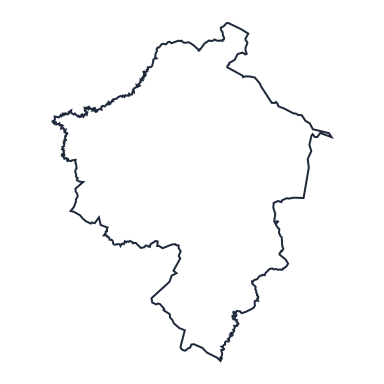 Sultepec, México, Mexico (Albers equal-area conic projection)
{"feature_id": "50627088B3947327185408", "entity_name": "Sultepec", "entity_type": "district", "adm_level": 2, "iso_a3": "MEX", "parent_name": "Mexico", "parent_adm1": "México", "projection": "albers", "projection_center": [-100.013, 18.721], "detail": "fine", "context": "isolated", "style": "outline", "palette": "slate", "viewbox_px": 384, "rotation_deg": 0, "n_neighbors": 0, "source": "geoboundaries", "source_scale": "gbopen_adm2", "svg_char_len": 5866}
<svg xmlns="http://www.w3.org/2000/svg" viewBox="0 0 384 384"><path d="M331.5,137.1L329.0,133.2L312.8,129.2L309.8,123.3L305.5,120.9L301.8,115.2L298.4,115.0L295.8,113.6L293.3,113.3L283.7,108.3L279.3,106.7L278.1,105.8L277.3,103.5L276.0,102.0L274.8,103.0L271.7,102.8L261.0,86.3L259.7,83.3L254.8,77.5L249.7,76.5L245.6,76.4L243.1,77.1L243.0,75.9L227.3,67.3L227.5,65.8L229.1,64.4L229.1,63.1L234.7,59.8L237.6,54.1L242.5,52.6L245.5,54.5L246.7,53.8L245.5,50.7L245.5,47.9L247.4,43.0L247.1,41.8L245.7,40.4L245.4,38.8L248.3,33.6L240.9,29.1L228.3,23.0L226.4,23.2L223.8,26.2L220.8,27.7L221.1,30.0L222.6,32.3L222.9,35.5L224.1,37.6L223.9,39.4L222.7,39.7L222.5,40.9L220.3,40.4L219.2,40.9L216.7,40.5L214.4,39.5L213.5,40.5L210.9,41.0L209.1,40.5L204.6,43.4L200.6,48.9L199.8,49.2L199.4,50.5L198.5,50.5L198.2,49.5L193.7,45.4L189.8,42.8L188.5,42.3L184.5,42.8L183.2,42.4L181.6,40.7L180.6,41.2L178.5,40.7L171.4,43.2L169.6,41.8L168.2,42.0L165.8,44.4L163.3,43.7L161.6,44.3L159.6,46.9L158.6,47.7L157.6,47.5L156.6,49.4L157.1,50.6L155.6,53.6L155.2,57.0L156.5,58.3L154.6,58.6L153.1,60.2L153.2,62.0L152.0,66.1L151.0,67.0L147.8,67.3L148.1,69.2L146.9,69.7L147.5,70.9L146.8,71.7L145.3,71.7L145.2,72.6L144.2,71.6L143.5,71.7L144.2,75.0L145.6,74.5L145.7,75.4L144.0,76.8L143.4,76.2L143.1,76.5L143.5,78.4L142.1,78.3L142.7,80.1L140.7,79.5L141.0,80.5L140.3,81.1L140.8,82.0L138.1,84.6L139.7,85.7L137.5,86.8L136.6,85.6L136.6,87.1L133.6,88.6L133.9,92.2L132.7,91.1L132.0,94.5L130.2,94.6L129.2,93.8L129.0,95.3L129.9,96.1L127.8,95.2L126.6,95.8L125.4,95.2L124.4,96.9L123.1,95.5L122.2,96.8L120.7,95.9L117.8,97.3L116.8,98.6L112.7,99.6L112.3,100.2L113.1,101.1L111.0,101.9L110.5,103.5L109.5,103.5L108.5,101.9L107.7,103.2L108.7,104.3L106.4,104.5L104.8,106.5L102.7,105.9L101.4,106.8L101.5,109.6L99.8,108.9L98.0,109.8L96.7,111.7L95.8,111.9L95.5,111.3L95.9,110.1L93.5,110.4L95.0,109.2L94.8,108.0L92.4,108.7L92.7,109.9L91.0,108.7L90.1,108.9L89.2,106.8L88.5,106.9L88.0,109.1L86.7,107.6L86.1,107.7L85.7,109.2L84.7,108.3L84.9,110.8L87.3,112.4L86.7,114.9L85.3,113.8L83.4,116.9L82.8,116.5L83.0,115.1L82.3,114.3L81.2,115.0L81.0,116.6L79.9,117.1L78.8,115.9L78.4,116.6L77.7,116.3L74.8,113.5L73.9,114.5L71.6,113.2L71.0,112.5L71.2,110.4L68.6,112.3L68.9,113.5L67.6,114.4L66.5,113.8L65.2,114.4L65.8,113.5L65.4,113.2L64.2,114.1L63.1,113.5L62.7,113.6L63.3,115.0L61.8,115.6L60.9,115.1L60.8,116.4L60.0,116.1L58.8,117.4L54.7,116.5L54.9,119.4L54.2,120.9L52.9,120.9L52.5,121.6L54.3,123.7L55.2,122.1L55.8,122.2L56.3,124.5L59.4,123.3L59.5,125.2L60.9,124.9L62.6,125.6L61.4,126.6L61.1,128.6L63.1,128.0L63.7,128.4L64.1,130.1L65.6,129.7L64.6,132.3L66.9,132.9L67.3,133.7L65.9,134.9L65.9,136.1L65.2,136.3L65.1,139.2L66.0,140.0L65.2,140.6L64.5,140.2L64.5,141.2L63.8,141.7L64.4,142.7L63.8,143.2L64.3,143.7L63.9,146.2L62.4,146.8L62.5,148.0L63.2,148.5L62.1,149.3L64.1,150.6L63.4,151.6L64.0,153.2L62.5,154.0L64.4,155.2L64.1,155.6L62.0,154.9L61.8,155.6L63.5,156.9L64.4,158.8L65.9,157.9L68.0,158.9L68.0,159.5L67.0,160.0L67.5,161.0L69.1,160.6L70.8,161.1L71.6,160.5L75.6,159.8L75.3,162.5L76.0,163.7L76.6,168.5L75.5,169.8L75.2,171.6L76.2,174.9L76.1,176.4L76.7,177.8L77.6,178.2L76.9,180.2L79.5,181.6L83.2,182.0L75.5,188.6L75.6,191.3L77.2,193.9L77.7,196.3L75.9,199.6L75.9,201.9L73.8,207.2L70.6,211.0L73.9,211.8L80.1,215.3L82.7,218.5L86.1,221.4L90.9,223.6L91.8,222.5L94.7,223.2L98.9,217.4L100.7,225.0L107.5,227.5L106.9,228.3L107.0,231.2L105.7,231.5L105.7,232.8L103.9,235.4L106.6,235.3L107.0,236.7L108.7,237.0L109.7,239.8L111.5,239.7L112.7,241.0L113.4,244.0L114.4,244.7L118.1,244.1L119.9,244.4L120.5,245.9L121.4,244.2L122.5,243.7L123.7,244.2L124.9,241.3L126.0,242.4L127.1,241.5L128.9,241.8L129.7,240.9L132.5,242.1L132.7,243.2L135.7,242.9L140.8,247.9L144.2,247.3L145.7,245.5L148.0,245.9L148.7,246.8L150.1,246.7L150.4,244.3L155.6,241.0L157.6,241.4L157.3,246.0L159.3,246.1L162.6,248.2L171.9,244.5L175.4,244.2L176.3,245.2L178.6,245.4L178.7,248.2L180.7,251.2L178.7,256.0L180.3,258.3L173.5,270.7L176.5,273.2L171.6,275.7L169.5,281.8L151.5,298.2L152.2,302.5L156.3,304.4L158.0,303.5L160.1,304.2L164.0,308.6L164.3,309.7L163.6,310.0L164.1,310.6L169.7,314.1L170.1,317.5L172.2,319.8L174.0,323.5L179.2,328.0L184.8,330.3L180.6,346.4L180.7,348.1L182.6,350.0L184.9,350.7L185.8,350.3L188.6,348.0L190.1,347.7L191.4,344.5L193.9,344.2L202.4,347.9L206.8,352.5L217.3,357.8L220.5,361.0L221.7,358.5L220.4,358.5L220.3,357.8L221.7,356.0L222.2,353.5L221.2,350.2L223.6,349.8L224.1,349.0L221.6,346.6L223.0,346.3L223.9,345.0L225.1,344.5L225.0,342.4L225.8,341.4L228.8,341.4L229.2,339.6L228.0,338.9L230.5,336.6L230.1,335.5L232.1,335.7L232.7,335.1L232.4,334.2L230.7,333.4L231.5,332.7L232.7,333.0L234.2,330.8L233.2,329.8L234.0,329.3L234.8,327.5L234.3,325.9L236.8,326.1L237.3,325.6L237.0,324.6L238.4,323.9L237.8,322.6L236.4,321.8L236.9,320.1L235.1,319.7L234.9,318.2L233.6,319.3L232.8,318.5L232.5,316.1L236.0,316.2L236.4,315.3L233.9,315.2L233.3,312.1L233.7,311.8L235.8,313.3L236.5,311.0L240.1,311.4L241.6,313.2L245.5,312.0L253.5,308.0L254.9,305.6L254.6,301.3L255.8,300.6L258.0,300.8L257.2,299.0L257.6,298.0L258.1,298.1L258.3,296.5L257.0,295.4L257.2,294.2L256.2,292.7L256.2,290.6L255.3,289.6L255.6,286.8L252.3,283.7L252.0,281.3L253.3,281.3L254.2,280.0L257.1,279.2L259.4,276.2L261.1,275.4L262.0,275.6L262.7,274.7L264.7,275.2L265.5,273.1L269.4,269.1L272.2,268.4L273.6,269.4L275.9,269.0L278.1,269.8L280.2,269.4L281.4,269.9L282.8,269.4L283.1,268.3L284.1,268.2L286.5,266.2L288.1,263.6L285.7,259.6L279.5,254.5L279.8,252.8L281.7,251.3L281.4,250.7L282.7,250.1L283.3,248.6L282.3,246.3L281.7,237.3L280.4,235.9L279.0,233.0L279.3,229.0L277.6,227.5L275.9,224.5L275.8,224.0L277.9,221.6L276.9,221.2L275.0,222.9L274.2,221.4L275.3,213.9L273.3,207.8L273.7,202.9L278.1,201.0L281.3,202.1L282.1,200.3L286.8,198.2L288.8,198.6L293.8,197.7L303.6,198.0L308.8,167.6L307.7,159.0L311.3,151.2L309.4,144.7L311.5,135.7L312.6,134.2L314.9,137.0L317.3,137.0L320.2,133.0L331.5,137.1Z" fill="none" stroke="#1e293b" stroke-width="2"/></svg>